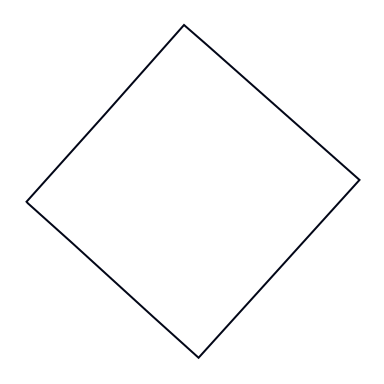 the district of Parker, Texas, United States of America, rotated 221°
{"feature_id": "52423323B6127736207828", "entity_name": "Parker", "entity_type": "district", "adm_level": 2, "iso_a3": "USA", "parent_name": "United States of America", "parent_adm1": "Texas", "projection": "mercator", "projection_center": [-97.745, 32.779], "detail": "fine", "context": "isolated", "style": "outline", "palette": "ink", "viewbox_px": 384, "rotation_deg": 221, "n_neighbors": 0, "source": "geoboundaries", "source_scale": "gbopen_adm2", "svg_char_len": 278}
<svg xmlns="http://www.w3.org/2000/svg" viewBox="0 0 384 384"><g transform="rotate(221 192 192)"><path d="M139.3,72.3L78.3,71.2L73.5,311.0L277.5,312.8L307.6,312.8L308.7,193.9L310.5,76.1L308.5,75.8L249.1,74.9L139.3,72.3Z" fill="none" stroke="#020617" stroke-width="2"/></g></svg>